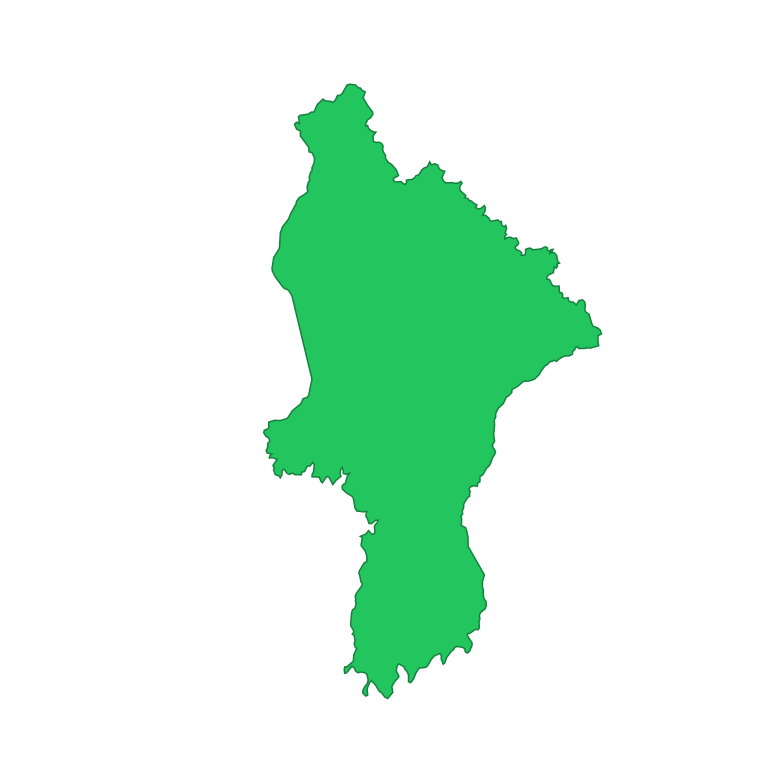 Jaciara, Mato Grosso, Brazil, rotated 320°
{"feature_id": "56859067B94463601942766", "entity_name": "Jaciara", "entity_type": "district", "adm_level": 2, "iso_a3": "BRA", "parent_name": "Brazil", "parent_adm1": "Mato Grosso", "projection": "albers", "projection_center": [-55.21, -15.967], "detail": "fine", "context": "isolated", "style": "filled", "palette": "green", "viewbox_px": 768, "rotation_deg": 320, "n_neighbors": 0, "source": "geoboundaries", "source_scale": "gbopen_adm2", "svg_char_len": 6172}
<svg xmlns="http://www.w3.org/2000/svg" viewBox="0 0 768 768"><g transform="rotate(320 384 384)"><path d="M250.9,359.3L250.1,361.9L253.2,365.5L250.2,365.6L248.6,367.1L250.9,368.4L253.7,373.0L246.5,375.1L246.2,377.4L244.2,378.8L242.4,383.5L244.6,387.1L244.2,389.2L247.2,388.1L250.6,384.7L252.7,385.1L252.3,390.1L253.3,392.4L256.7,393.5L257.4,396.1L262.3,400.4L264.6,398.7L266.9,400.0L272.5,397.5L274.5,399.2L278.9,398.4L278.7,401.1L273.6,405.9L270.9,407.0L269.2,408.8L274.6,413.8L273.1,418.0L273.3,420.1L280.8,418.0L281.9,420.6L280.1,428.1L285.3,427.0L291.8,427.0L292.6,424.4L295.1,422.3L298.3,420.9L297.4,423.7L295.3,426.5L297.0,429.0L300.0,430.2L296.1,431.4L290.4,435.3L288.3,434.7L285.8,435.7L284.5,438.1L285.3,443.6L287.2,449.0L287.2,451.6L281.9,460.7L281.5,463.8L286.3,469.0L288.8,470.4L285.2,473.5L284.9,476.0L282.9,481.1L284.3,482.8L289.8,483.1L292.0,484.3L289.6,485.9L286.7,486.2L284.7,487.4L282.3,491.2L280.5,492.4L278.1,491.4L277.9,486.3L273.5,487.3L268.0,485.5L268.7,487.6L262.6,493.0L262.2,499.8L260.1,505.1L256.6,508.9L254.1,508.2L245.3,511.2L243.1,512.7L242.4,515.0L239.2,520.6L238.9,523.3L236.6,524.5L228.0,526.7L225.5,528.1L223.9,530.9L222.4,532.1L221.7,534.2L217.5,537.1L214.8,536.8L212.2,538.3L203.2,547.5L202.3,552.8L201.2,554.9L199.0,555.1L199.5,557.6L196.4,562.5L194.4,563.5L193.0,566.4L192.9,569.1L186.7,572.1L182.4,576.6L174.0,576.8L172.0,575.5L169.8,577.3L167.9,580.3L169.7,581.2L177.9,579.7L178.8,582.4L177.7,585.5L178.4,588.5L181.0,589.6L184.0,593.3L184.1,595.8L181.6,600.5L179.3,602.5L173.9,603.7L170.8,605.3L169.1,607.3L169.6,611.5L171.6,611.8L174.7,607.2L176.9,605.6L181.3,603.5L183.8,603.3L183.9,609.3L182.9,616.2L183.6,619.1L183.4,624.3L184.7,627.3L192.5,625.9L195.5,620.9L200.2,619.0L207.4,617.8L209.1,611.5L212.6,608.6L215.4,607.8L217.5,613.3L216.7,615.8L216.8,619.0L215.8,622.6L211.4,627.8L212.4,630.0L217.3,628.9L222.2,626.1L226.9,624.6L228.9,624.5L233.0,627.5L235.6,628.1L243.9,625.2L247.4,624.7L250.6,625.4L253.5,626.3L253.3,629.1L251.1,631.3L249.2,636.7L251.4,636.7L256.1,633.8L263.9,632.0L266.2,632.3L269.1,631.3L271.4,632.2L275.0,636.3L275.6,638.9L274.1,641.4L275.0,643.8L278.0,643.6L283.5,640.8L285.2,638.6L285.7,632.7L286.3,630.4L287.7,628.8L289.3,630.2L296.1,630.7L298.3,632.8L300.5,631.9L303.5,627.7L306.6,625.4L308.2,622.7L310.9,621.1L317.0,621.2L319.9,619.6L322.5,615.9L322.5,613.1L324.6,609.2L327.7,605.7L328.8,602.9L332.6,598.5L338.2,594.8L344.0,562.6L349.9,555.3L353.2,549.1L354.1,546.4L352.3,542.2L356.9,537.0L358.0,534.7L360.6,534.2L362.4,531.5L365.5,530.0L367.5,527.6L370.1,526.3L375.1,524.8L377.7,525.0L378.9,523.0L381.1,521.7L381.4,519.1L384.5,518.4L387.3,519.6L389.7,522.3L392.2,520.1L394.6,520.6L398.0,516.6L401.2,517.1L409.0,514.3L411.5,514.4L414.8,513.2L419.6,510.3L423.7,509.0L426.0,507.4L427.0,501.4L428.9,500.0L431.9,499.0L435.4,493.4L442.5,486.3L445.4,482.4L448.3,481.2L450.0,479.0L452.4,477.5L456.0,476.1L462.7,475.7L469.6,472.6L471.5,473.2L476.5,472.6L478.5,470.5L484.0,471.7L492.5,471.6L497.1,475.0L502.4,477.0L508.9,476.6L512.1,475.2L518.9,473.6L521.8,474.1L525.2,473.6L530.0,475.7L530.8,477.7L533.4,477.3L538.0,478.0L541.2,479.1L543.4,481.2L545.6,481.9L547.5,482.3L549.5,480.3L551.9,480.4L554.3,479.2L556.2,479.9L555.9,481.9L561.2,486.3L563.2,487.0L565.1,489.1L573.0,492.7L576.1,487.8L579.1,484.5L582.6,485.5L584.2,482.0L583.7,478.4L581.3,474.2L581.9,471.4L585.9,462.5L584.9,458.9L585.2,456.7L588.9,453.0L590.5,450.1L590.1,447.1L587.2,445.4L582.2,447.0L581.5,442.7L579.6,441.0L579.0,438.7L580.5,436.2L577.5,434.6L576.4,432.4L578.4,430.4L578.8,428.3L577.3,426.6L581.1,421.5L578.4,419.6L576.3,416.9L577.9,410.3L576.2,408.4L577.6,406.7L580.2,406.2L585.2,407.6L589.7,403.9L590.4,406.0L592.7,405.2L593.7,403.2L596.1,404.2L596.0,401.5L598.9,396.6L598.9,393.3L597.2,390.9L594.9,390.6L596.3,389.0L595.3,386.5L596.7,384.6L595.7,382.6L590.9,381.3L584.3,376.9L583.5,374.1L581.6,372.7L578.9,371.9L576.8,374.5L574.7,375.8L571.9,373.6L573.7,372.3L573.6,369.2L571.5,366.1L572.7,363.2L575.8,363.5L577.8,362.6L579.3,357.3L576.5,355.6L575.2,352.7L572.5,351.0L569.8,350.5L571.2,348.6L574.0,348.3L574.0,346.1L578.2,343.3L579.2,340.7L576.9,340.8L576.4,338.0L578.4,334.9L576.7,333.8L576.8,331.5L571.2,328.6L570.1,326.8L571.0,324.9L570.3,320.0L567.9,318.2L572.7,316.4L575.0,314.1L575.6,311.8L571.4,311.8L568.9,310.9L567.6,307.6L570.3,306.5L568.9,303.3L568.7,300.4L567.4,298.3L567.4,295.7L565.6,293.2L567.8,292.2L566.7,285.0L568.1,282.2L570.2,280.9L572.9,280.3L573.1,278.2L570.3,277.8L567.6,276.1L565.8,273.8L560.4,269.4L560.2,266.6L561.0,263.2L567.3,260.1L565.5,257.7L564.7,254.8L565.9,250.9L564.5,248.0L561.2,246.5L561.9,243.2L556.5,245.5L553.5,244.3L550.5,244.3L545.1,246.2L542.4,245.0L540.2,245.6L537.0,245.3L532.2,242.2L530.8,244.2L528.7,244.7L527.4,242.7L527.2,239.9L522.6,236.7L522.1,233.9L523.7,232.7L529.1,233.7L531.1,227.7L530.9,220.3L529.7,216.9L530.4,211.5L532.1,210.0L532.7,205.7L533.9,203.3L536.3,201.1L536.8,198.4L535.8,195.8L533.2,193.8L531.7,191.6L535.0,186.9L539.7,185.9L537.9,183.9L536.6,180.6L536.5,178.1L537.6,175.4L535.8,174.6L537.1,172.9L541.5,171.1L545.1,171.4L549.0,170.1L550.0,168.3L550.6,159.5L552.0,151.4L557.4,148.2L555.9,144.8L556.2,142.2L554.7,140.5L554.4,136.5L550.4,132.3L547.8,131.2L538.7,134.6L535.6,134.6L534.0,133.0L528.8,135.4L525.9,135.4L524.9,133.3L521.0,129.3L520.4,126.5L512.7,127.0L505.0,130.7L503.4,129.1L499.1,128.4L492.3,124.2L490.2,124.4L486.5,130.2L485.3,127.2L482.5,127.4L480.9,132.6L482.6,136.5L479.3,140.3L478.6,153.8L475.8,158.1L477.5,160.2L477.0,163.0L476.0,166.2L472.8,169.6L467.8,172.1L466.2,174.1L463.7,174.7L459.4,177.7L458.3,180.1L456.0,180.7L451.7,183.6L449.3,187.6L445.3,187.7L438.7,186.7L434.3,187.9L432.6,189.4L421.8,193.6L416.9,196.3L407.4,198.3L401.6,201.7L392.4,211.6L390.1,213.2L380.8,216.2L372.5,223.5L371.1,225.6L369.5,232.3L368.9,244.2L369.1,247.0L370.8,249.6L371.0,251.7L370.3,257.0L332.0,333.9L318.8,344.4L316.8,344.9L312.6,343.3L307.6,345.6L296.5,345.6L288.9,347.9L286.9,347.9L281.0,345.3L276.9,341.5L271.1,339.1L267.7,343.4L265.4,343.5L262.6,342.5L260.5,344.0L260.0,348.3L261.0,351.6L259.5,354.7L257.0,354.6L253.8,358.0L250.9,359.3ZM597.2,390.9L600.1,389.6L598.3,388.4L596.3,389.0L597.2,390.9Z" fill="#22c55e" stroke="#15803d" stroke-width="1.5"/></g></svg>